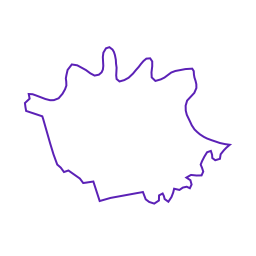 the district of São Carlos, Santa Catarina, Brazil, rotated 252°
{"feature_id": "56859067B22531693326931", "entity_name": "São Carlos", "entity_type": "district", "adm_level": 2, "iso_a3": "BRA", "parent_name": "Brazil", "parent_adm1": "Santa Catarina", "projection": "natural_earth1", "projection_center": [-53.023, -27.032], "detail": "fine", "context": "isolated", "style": "outline", "palette": "violet", "viewbox_px": 256, "rotation_deg": 252, "n_neighbors": 0, "source": "geoboundaries", "source_scale": "gbopen_adm2", "svg_char_len": 1785}
<svg xmlns="http://www.w3.org/2000/svg" viewBox="0 0 256 256"><g transform="rotate(252 128 128)"><path d="M191.0,44.1L186.3,43.5L183.6,37.7L179.4,36.9L175.7,36.4L165.6,50.1L162.6,50.1L137.2,49.2L125.9,49.0L115.1,49.4L111.1,51.8L105.9,53.5L106.0,58.2L94.8,66.6L89.5,68.4L87.8,78.5L67.3,78.5L66.9,89.8L62.5,122.4L54.7,122.8L51.1,125.3L48.0,129.6L49.5,135.0L54.3,136.7L55.0,140.7L52.1,141.1L49.1,140.9L45.4,143.6L48.9,148.0L52.6,151.0L56.0,153.1L53.2,157.8L54.4,161.8L54.0,165.7L51.6,168.2L54.6,171.0L59.1,171.2L62.8,168.2L63.9,173.4L61.6,178.6L60.2,183.3L63.3,186.1L67.2,186.1L70.7,185.8L73.4,188.0L77.1,191.7L80.5,195.7L80.6,199.7L76.6,199.7L73.4,198.9L70.4,201.0L70.3,205.9L74.4,208.0L77.2,212.3L78.9,215.5L80.6,219.6L82.7,215.3L85.3,210.8L87.7,207.6L90.6,203.7L93.6,199.9L96.1,197.4L99.8,194.4L102.9,192.5L106.1,190.8L110.8,189.5L115.7,188.9L119.3,188.4L122.4,188.0L126.7,188.3L131.4,189.7L135.8,192.7L138.4,197.4L140.9,201.9L144.9,205.4L148.5,206.5L151.8,206.8L155.5,206.8L158.4,207.2L161.8,208.1L164.6,207.4L166.3,200.8L166.9,196.0L167.6,190.6L167.4,186.3L166.3,183.0L164.7,178.3L164.1,174.2L164.3,168.6L168.8,166.2L173.6,167.5L179.2,170.1L183.8,171.6L187.4,170.6L188.3,166.9L186.9,163.4L184.9,160.1L182.8,157.1L180.7,153.5L178.2,149.6L175.6,144.1L174.7,139.2L174.9,134.3L178.1,132.3L181.6,133.0L185.5,134.5L188.9,135.8L192.9,136.5L196.6,137.5L201.3,138.1L204.7,138.1L207.4,137.5L210.6,135.3L210.6,131.7L207.3,127.9L203.3,126.0L199.2,124.9L194.7,123.7L191.4,122.2L189.1,120.1L187.7,116.8L188.2,112.4L191.6,109.1L196.1,105.9L199.4,102.8L203.3,99.1L205.8,94.2L201.9,88.5L197.2,85.7L194.4,84.2L191.2,83.6L187.4,82.5L184.3,80.1L180.8,76.3L177.7,71.2L177.4,66.1L178.5,62.5L181.1,58.4L185.2,53.3L187.6,50.3L189.6,47.7L191.0,44.1Z" fill="none" stroke="#5b21b6" stroke-width="2"/></g></svg>